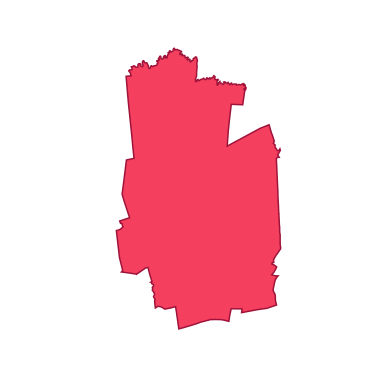 outline of Ineu, Arad, Romania, rotated 333°
{"feature_id": "2599482B55200534476626", "entity_name": "Ineu", "entity_type": "district", "adm_level": 2, "iso_a3": "ROU", "parent_name": "Romania", "parent_adm1": "Arad", "projection": "robinson", "projection_center": [21.871, 46.429], "detail": "fine", "context": "isolated", "style": "filled", "palette": "rose", "viewbox_px": 384, "rotation_deg": 333, "n_neighbors": 0, "source": "geoboundaries", "source_scale": "gbopen_adm2", "svg_char_len": 5823}
<svg xmlns="http://www.w3.org/2000/svg" viewBox="0 0 384 384"><g transform="rotate(333 192 192)"><path d="M216.0,331.1L217.0,327.0L217.4,325.7L218.4,323.9L219.4,321.4L219.6,320.2L219.4,318.8L219.5,317.8L219.6,316.8L220.4,315.2L221.4,314.0L224.8,309.7L226.5,308.0L229.0,306.4L230.6,305.8L229.1,305.0L228.6,304.9L225.5,302.0L227.5,301.0L228.4,300.8L232.1,298.3L233.4,297.2L232.1,294.4L230.5,292.5L231.2,291.5L232.9,291.9L233.7,289.7L235.1,288.5L238.0,286.7L244.9,283.0L245.3,282.6L245.8,281.6L246.3,280.3L246.3,279.9L247.4,277.4L251.1,270.2L251.9,267.6L253.8,263.8L254.4,262.6L254.7,261.5L257.9,254.4L258.3,253.6L258.3,253.2L259.6,250.9L259.7,250.2L262.9,243.3L266.5,235.1L268.8,230.4L270.4,226.8L282.2,200.8L282.5,200.4L283.1,200.2L284.1,200.1L284.5,200.1L285.4,200.6L285.2,197.9L289.6,195.0L289.9,193.5L288.9,194.2L288.4,194.3L287.4,194.1L287.0,193.8L286.8,193.4L286.7,192.7L286.8,192.0L286.4,190.1L286.4,189.6L286.4,189.2L287.4,188.0L287.3,187.4L287.0,186.8L286.6,185.5L287.1,185.2L287.4,184.8L288.3,184.3L288.4,183.9L289.5,177.3L289.5,175.8L291.2,167.1L281.7,166.2L244.2,167.1L251.9,154.3L258.3,144.4L266.8,131.7L276.8,137.3L284.7,126.1L286.6,124.8L284.9,124.2L285.3,123.6L287.5,123.4L287.4,122.4L287.7,120.8L285.6,120.2L287.7,120.0L286.9,118.6L284.1,118.6L282.6,117.5L281.9,117.2L280.8,117.2L280.1,116.7L280.4,115.9L278.4,114.9L277.6,114.6L276.7,114.6L276.5,114.1L276.7,112.9L276.0,112.8L274.5,113.6L274.1,113.3L274.2,112.2L273.9,110.7L272.6,111.3L272.1,110.5L271.3,108.7L270.1,108.4L270.0,109.9L268.7,110.3L268.0,109.7L267.8,108.6L267.0,108.3L266.7,107.4L267.0,106.2L264.9,106.9L264.7,107.7L263.7,108.3L263.3,108.3L263.0,107.7L263.8,106.9L264.1,105.7L264.6,104.4L265.6,104.4L266.4,104.0L266.2,103.4L265.2,103.2L263.4,102.1L263.6,101.4L264.4,100.5L264.9,99.8L264.6,99.2L264.4,98.3L263.3,98.7L262.9,99.3L262.1,99.5L261.2,99.2L259.7,99.6L259.5,99.4L259.7,98.8L259.7,98.3L259.1,98.3L258.4,98.7L257.7,98.7L257.5,98.3L257.2,97.7L257.2,97.0L256.9,97.0L255.5,98.1L255.0,98.0L254.0,96.7L254.2,96.3L254.1,95.9L251.7,96.1L251.0,95.7L250.7,95.9L249.7,95.8L248.8,96.1L248.3,95.3L248.5,94.5L247.9,94.4L247.0,94.5L246.6,95.4L245.9,95.5L245.4,95.1L246.1,94.5L246.0,93.2L248.5,91.0L248.8,90.6L250.5,87.3L253.6,82.4L254.0,81.3L254.3,80.2L254.5,79.8L256.4,77.5L257.2,74.1L257.0,73.7L256.7,73.3L256.1,73.3L255.8,73.4L255.3,74.0L255.1,74.0L254.6,73.7L254.2,73.6L253.8,73.7L253.6,73.8L253.4,74.2L253.2,74.8L253.0,75.0L252.7,75.1L252.3,75.1L251.6,74.8L251.3,74.8L251.0,74.9L250.1,75.5L249.6,75.4L249.5,75.1L249.4,74.7L249.5,74.4L250.3,73.2L250.3,72.7L249.9,72.4L249.3,72.2L248.0,72.4L247.9,72.3L247.9,72.1L247.9,71.8L248.2,71.3L248.9,71.0L249.4,70.6L249.6,70.4L249.6,70.2L249.0,69.7L247.8,69.7L247.1,69.4L246.9,69.0L247.0,68.6L247.4,68.0L247.5,67.6L247.4,67.1L246.9,66.6L246.4,66.4L245.3,66.3L245.1,66.1L245.2,65.8L245.8,65.1L245.9,64.9L245.8,64.4L245.6,64.3L244.2,64.2L243.8,64.1L243.6,63.9L243.6,63.6L244.1,63.0L244.5,62.8L246.2,62.4L246.4,62.3L246.5,62.1L246.3,61.7L245.5,60.9L245.2,60.4L244.9,59.9L244.1,59.4L243.8,58.6L243.6,58.3L242.3,57.9L241.3,57.5L241.3,57.2L241.5,56.5L241.6,56.1L241.5,55.9L241.2,55.8L240.8,55.9L240.3,56.1L240.1,56.3L239.2,57.6L238.6,57.9L237.6,57.8L237.1,57.6L236.9,57.3L236.7,56.4L236.5,56.2L236.2,56.1L235.9,56.2L235.7,56.3L235.6,57.4L235.4,57.6L235.2,57.6L234.8,57.5L234.4,57.0L234.1,57.0L233.9,57.1L233.9,57.4L234.1,58.0L233.8,58.4L232.9,58.6L232.2,59.3L231.2,59.8L231.0,60.2L231.1,60.8L230.9,61.1L230.7,61.1L230.4,61.0L229.9,60.5L229.1,60.3L229.0,60.1L229.0,59.9L229.5,59.4L230.0,59.0L230.1,58.7L230.1,58.4L229.7,58.1L229.1,58.1L228.4,58.4L227.8,58.7L227.5,59.4L227.3,59.7L226.9,60.0L226.5,60.1L225.8,60.0L225.5,59.6L225.3,59.1L225.3,58.4L225.6,57.1L225.6,56.7L225.3,56.5L225.1,56.5L224.6,56.7L223.2,57.7L222.4,58.2L222.4,58.4L223.1,59.0L223.1,59.3L222.3,59.6L221.7,59.7L221.3,59.6L220.5,59.1L220.2,59.2L220.0,59.4L220.0,59.8L220.4,60.9L220.4,61.3L220.1,61.5L219.2,61.8L218.9,62.4L218.5,62.6L218.3,63.0L218.1,63.1L216.8,62.8L215.8,62.4L215.5,62.3L214.6,62.4L213.9,62.4L213.5,62.0L213.4,61.2L213.2,61.1L212.3,61.2L211.9,61.5L211.5,62.2L211.2,62.5L210.9,62.7L210.5,62.7L210.0,62.5L209.8,62.3L209.7,61.8L210.0,60.7L210.5,59.5L210.3,58.6L210.4,58.1L210.4,57.8L210.5,56.7L210.3,56.4L208.8,55.5L208.5,55.2L208.4,54.6L208.6,54.0L208.6,53.3L208.2,52.9L207.5,53.1L207.0,53.4L206.7,54.2L205.9,55.5L205.9,56.8L205.7,57.4L205.4,57.7L204.8,57.7L204.4,57.7L203.7,56.5L203.6,56.1L203.5,55.6L204.3,54.9L203.9,54.0L203.4,53.7L203.0,53.6L202.4,53.6L201.8,53.9L200.6,55.9L199.9,55.9L199.6,55.9L198.8,55.3L198.0,53.6L197.5,53.2L197.0,53.1L195.7,53.3L195.4,53.2L195.1,53.0L194.8,52.9L194.7,54.8L194.2,55.3L193.8,55.7L193.1,55.7L192.5,55.1L192.1,54.9L191.4,55.0L191.2,54.9L191.2,54.6L190.6,55.7L191.0,57.1L191.0,58.7L190.5,60.8L185.8,59.0L176.1,82.9L162.6,117.9L160.6,122.8L155.6,135.7L148.1,133.7L138.8,147.5L128.7,162.3L127.5,168.6L124.7,186.6L114.4,185.0L114.1,187.5L115.3,188.3L114.7,190.5L114.8,191.7L111.4,192.6L109.3,192.5L107.1,192.0L97.6,217.5L94.6,230.5L92.8,231.2L99.3,235.7L103.7,238.9L104.4,239.3L105.1,239.5L105.1,240.1L116.4,238.6L118.5,239.3L116.7,247.5L115.7,253.7L114.3,253.6L114.8,254.2L114.5,255.4L115.6,256.9L115.4,257.6L115.1,258.2L114.3,258.6L113.7,258.7L113.2,259.3L113.2,260.0L113.1,260.3L112.6,260.7L112.1,261.6L112.0,262.0L112.2,262.3L112.4,263.1L112.4,263.6L112.3,264.2L112.5,265.4L112.4,265.8L111.8,266.6L110.4,267.5L110.2,267.8L110.1,268.8L110.4,269.6L110.4,270.0L110.3,270.8L109.6,271.5L109.2,272.4L108.5,273.8L106.7,278.7L109.9,278.4L112.7,280.7L114.6,284.0L120.3,285.6L125.3,286.7L123.6,292.0L118.1,308.0L122.3,308.9L127.8,309.9L135.6,311.3L139.6,311.8L140.2,311.8L150.9,314.2L152.6,315.2L153.2,315.3L159.6,318.7L162.1,320.5L166.1,324.0L169.6,319.1L173.9,313.8L183.5,318.9L181.4,322.0L194.1,325.7L198.9,327.2L205.8,329.6L216.0,331.1Z" fill="#f43f5e" stroke="#9f1239" stroke-width="1.5"/></g></svg>